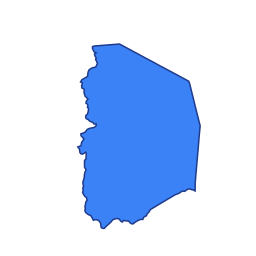 Mauriti, Ceará, Brazil (orthographic projection), rotated 154°
{"feature_id": "56859067B91433627627453", "entity_name": "Mauriti", "entity_type": "district", "adm_level": 2, "iso_a3": "BRA", "parent_name": "Brazil", "parent_adm1": "Ceará", "projection": "orthographic", "projection_center": [-38.648, -7.423], "detail": "fine", "context": "isolated", "style": "filled", "palette": "blue", "viewbox_px": 256, "rotation_deg": 154, "n_neighbors": 0, "source": "geoboundaries", "source_scale": "gbopen_adm2", "svg_char_len": 2091}
<svg xmlns="http://www.w3.org/2000/svg" viewBox="0 0 256 256"><g transform="rotate(154 128 128)"><path d="M95.3,42.0L91.7,49.1L87.8,55.7L85.5,59.5L77.2,73.4L75.4,76.3L68.0,88.8L62.2,98.3L59.1,113.1L53.2,140.6L52.9,143.4L64.8,160.0L72.1,170.0L76.1,175.7L82.0,183.8L98.8,207.2L122.7,216.6L124.2,216.7L125.1,215.1L125.1,212.1L124.8,210.6L123.8,209.5L125.8,209.1L126.1,206.8L125.9,204.7L127.1,203.8L127.0,201.8L127.2,199.4L128.6,198.3L130.2,197.0L131.6,197.2L133.3,197.7L136.4,197.6L137.7,197.2L139.2,195.9L140.3,194.4L141.4,192.5L142.6,192.0L148.3,191.6L150.5,190.2L149.3,188.6L150.0,187.4L151.3,186.2L151.9,184.2L150.5,182.4L150.7,181.1L152.0,179.3L152.6,175.3L151.9,173.4L151.3,171.5L153.7,170.4L154.9,168.8L154.0,167.1L154.2,165.7L155.4,164.4L154.9,162.9L156.3,160.6L158.3,158.3L160.1,157.9L161.2,156.6L161.5,154.8L160.1,153.0L159.3,150.7L157.2,148.6L156.8,146.5L154.8,145.6L155.4,144.3L156.8,143.5L158.4,143.4L163.0,144.6L165.3,144.6L168.3,143.1L170.6,143.1L173.0,143.4L173.6,141.5L172.8,138.8L172.3,137.6L176.2,135.2L178.0,132.7L180.2,132.9L181.4,133.0L180.9,130.3L182.0,126.9L181.6,125.4L180.6,124.6L179.2,124.5L176.6,124.8L176.8,123.2L178.5,120.2L179.4,118.5L181.3,117.9L183.0,114.5L184.3,111.6L184.0,109.6L184.8,108.1L185.9,107.3L187.4,105.5L188.8,103.1L190.5,100.9L191.6,100.0L193.0,97.6L193.4,95.1L194.9,94.0L195.6,91.7L197.0,90.0L197.1,88.6L196.9,85.9L195.9,83.7L196.4,81.0L198.2,80.1L200.2,77.4L201.3,76.0L201.5,74.3L202.7,73.3L203.1,71.9L203.0,70.3L202.3,69.0L201.5,67.4L199.9,65.7L199.6,63.3L199.6,60.3L197.2,59.8L195.6,58.6L194.8,57.1L194.4,55.1L194.5,53.8L195.5,51.3L195.6,49.9L194.4,48.6L193.1,48.2L190.7,49.2L184.4,51.0L182.2,52.1L180.1,52.1L177.5,51.4L175.9,50.2L175.3,47.4L174.4,46.0L172.4,46.9L170.8,45.6L168.3,44.1L167.7,41.9L166.6,40.1L165.1,39.6L163.5,40.1L161.8,40.3L159.9,40.5L156.6,40.3L154.8,39.3L153.8,40.2L152.4,41.1L150.0,41.0L148.3,42.5L146.2,43.2L143.5,44.9L128.6,46.2L123.7,46.6L115.0,47.3L111.0,47.0L108.4,47.3L106.5,47.4L104.8,46.2L103.3,46.5L101.1,46.8L99.1,46.2L97.9,44.7L96.6,43.9L95.3,42.0Z" fill="#3b82f6" stroke="#1e3a8a" stroke-width="1.5"/></g></svg>